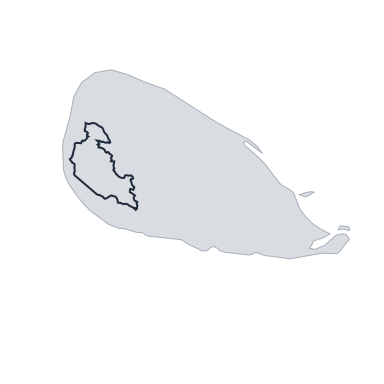 Sri Lanka, with Mŏṇarāgala highlighted, rotated 127°
{"feature_id": "LKA-2468", "entity_name": "Mŏṇarāgala", "entity_type": "District", "adm_level": 1, "iso_a3": "LKA", "parent_name": "Sri Lanka", "parent_adm1": "", "projection": "robinson", "projection_center": [81.231, 6.876], "detail": "fine", "context": "in_parent", "style": "outline", "palette": "slate", "viewbox_px": 384, "rotation_deg": 127, "n_neighbors": 0, "source": "natural_earth", "source_scale": "10m", "svg_char_len": 3492}
<svg xmlns="http://www.w3.org/2000/svg" viewBox="0 0 384 384"><g transform="rotate(127 192 192)"><path d="M135.2,37.9L141.9,38.3L149.1,38.1L154.2,39.2L162.8,51.5L186.3,73.5L199.1,95.9L200.3,100.8L202.0,105.0L205.1,106.1L207.7,108.1L220.5,129.7L222.0,134.0L221.8,138.7L222.5,142.2L225.9,143.9L230.0,144.8L232.8,148.1L236.2,165.3L236.2,170.7L237.2,173.0L253.3,199.9L254.3,203.1L254.1,205.6L254.6,207.7L257.7,212.4L262.6,225.2L265.0,228.1L268.0,239.3L268.2,260.7L267.1,270.2L264.1,281.8L260.5,293.1L256.7,301.3L251.4,308.2L233.3,322.9L228.1,325.8L204.5,335.0L187.1,343.8L171.1,346.1L155.0,341.3L142.9,329.9L136.7,313.0L132.5,295.5L126.4,275.9L121.7,215.6L119.4,198.7L115.8,177.3L116.2,168.0L118.8,159.0L118.7,178.6L121.1,181.0L122.9,178.5L124.5,158.2L125.9,149.7L132.3,127.3L132.4,123.4L131.3,115.0L131.4,110.8L140.9,95.1L143.4,86.0L144.7,76.6L144.2,66.5L142.5,56.6L150.2,59.8L154.4,63.2L158.7,65.6L162.2,64.4L166.5,64.3L163.4,58.9L154.5,53.9L139.6,50.9L135.0,46.9L133.2,43.5L134.1,39.5L135.2,37.9ZM127.6,98.7L129.6,104.7L123.8,100.6L120.0,97.1L118.7,94.4L126.5,97.5L127.6,98.7ZM134.3,52.4L129.9,53.3L126.4,47.9L125.6,45.7L126.5,44.1L127.4,43.3L128.6,43.6L130.2,48.5L134.3,52.4Z" fill="#d9dde1" stroke="#a8b0b8" stroke-width="1"/><path d="M200.9,318.5L200.4,316.6L199.7,315.2L198.4,314.2L197.1,313.3L196.1,311.8L195.3,310.1L195.2,305.2L194.8,304.0L194.6,302.6L195.6,300.4L197.0,298.2L197.7,294.8L198.3,293.0L199.6,291.3L200.3,289.2L201.5,287.2L202.3,287.3L202.9,288.2L203.2,289.6L203.8,289.9L204.3,290.1L205.0,291.7L205.4,293.5L205.9,293.7L206.4,294.0L206.7,296.6L207.5,297.7L208.1,298.8L208.4,296.7L209.4,295.0L210.2,295.5L210.9,295.9L211.2,294.0L212.6,293.5L211.6,291.6L210.9,289.4L210.9,288.2L211.0,287.0L212.1,285.2L212.0,283.8L210.8,283.4L210.5,282.3L211.1,280.9L210.9,279.2L211.1,277.5L213.5,277.3L214.1,275.9L216.2,275.2L214.4,272.5L215.9,271.6L217.7,271.0L218.6,270.2L219.3,269.2L219.7,268.6L220.1,268.1L220.8,268.4L221.7,268.2L222.1,267.1L222.2,265.8L222.7,265.0L223.1,264.1L223.4,261.9L223.7,260.5L223.7,259.0L223.5,257.9L223.1,256.8L222.6,256.1L222.2,255.7L221.5,254.6L218.9,255.4L218.0,254.4L217.3,252.8L216.3,251.6L215.4,250.3L215.6,248.7L216.4,247.3L217.6,247.4L218.6,248.6L219.7,248.1L220.4,246.8L222.3,244.1L222.8,242.6L222.8,241.0L225.6,240.2L226.1,241.8L226.7,243.1L228.2,242.5L229.5,241.4L229.1,238.4L229.1,235.4L230.8,235.5L232.3,234.6L232.6,234.0L233.1,233.3L233.4,232.6L233.3,231.6L232.9,230.7L232.9,229.6L233.6,229.6L234.6,229.3L235.1,228.4L235.4,227.7L236.1,227.3L237.0,227.0L238.7,225.9L240.1,226.3L239.1,228.1L239.5,228.5L240.0,228.5L239.8,229.6L240.7,233.8L240.6,235.7L240.9,237.3L242.4,238.8L243.4,240.7L243.6,242.4L245.1,244.8L244.0,245.8L242.5,247.8L241.7,250.3L242.6,252.1L242.9,253.4L243.4,254.5L244.0,254.7L244.5,254.7L245.0,255.0L245.3,255.4L247.8,256.1L249.9,257.5L249.8,259.0L249.4,260.6L249.9,262.1L249.9,263.7L250.8,265.1L251.1,266.6L249.3,295.9L248.1,297.6L246.2,298.0L244.7,299.2L243.4,300.6L241.7,301.5L240.3,302.7L240.4,304.1L240.7,305.2L240.4,305.7L240.1,306.2L240.1,306.9L240.1,307.6L239.2,309.3L237.3,308.7L235.4,309.5L234.8,309.4L234.6,309.2L233.8,309.8L229.7,311.6L227.6,312.3L226.5,312.8L225.8,313.5L223.9,314.7L222.2,313.9L221.1,311.9L219.8,309.9L218.9,310.0L218.2,310.5L217.5,310.6L216.8,310.5L216.2,309.0L215.0,308.5L213.3,308.3L211.5,308.3L210.9,309.1L210.0,308.4L210.0,309.5L209.4,310.4L208.5,310.5L207.6,310.5L207.3,312.3L207.9,314.1L206.4,315.4L204.4,316.1L202.6,317.2L200.9,318.5Z" fill="none" stroke="#1e293b" stroke-width="2"/></g></svg>